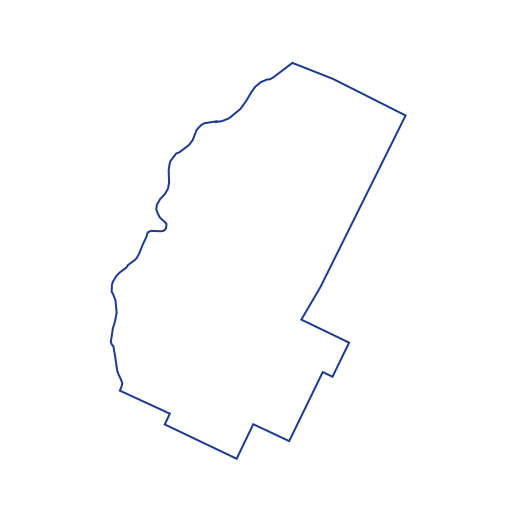 Jefferson, Ohio, United States of America (Natural Earth projection), rotated 204°
{"feature_id": "52423323B31823357110320", "entity_name": "Jefferson", "entity_type": "district", "adm_level": 2, "iso_a3": "USA", "parent_name": "United States of America", "parent_adm1": "Ohio", "projection": "natural_earth1", "projection_center": [-80.666, 40.377], "detail": "fine", "context": "isolated", "style": "outline", "palette": "blue", "viewbox_px": 512, "rotation_deg": 204, "n_neighbors": 0, "source": "geoboundaries", "source_scale": "gbopen_adm2", "svg_char_len": 1153}
<svg xmlns="http://www.w3.org/2000/svg" viewBox="0 0 512 512"><g transform="rotate(204 256 256)"><path d="M176.5,445.2L257.4,449.1L301.3,447.2L313.0,426.0L314.6,423.8L315.8,422.6L316.0,422.6L317.5,421.9L322.4,416.7L325.5,410.3L326.7,404.6L328.1,393.4L330.0,384.1L336.6,370.9L341.8,365.5L346.9,362.2L347.0,362.9L357.1,356.3L359.3,353.4L361.5,347.2L361.0,335.9L362.4,330.1L368.1,319.7L370.7,317.0L372.8,307.7L372.3,304.7L370.7,298.9L365.2,287.6L363.8,281.8L363.8,281.7L364.5,275.2L366.7,269.2L367.4,262.6L366.0,257.9L362.7,254.6L359.4,252.0L351.4,249.3L350.8,248.8L349.4,244.5L350.4,241.7L352.1,240.5L353.2,239.8L362.1,236.3L364.2,233.9L364.5,232.8L363.9,229.5L364.1,220.1L363.7,210.7L364.1,205.9L364.9,203.4L369.3,195.6L369.6,192.9L373.8,185.5L375.4,181.1L376.3,174.2L375.8,170.8L373.2,164.5L371.0,163.0L366.4,158.4L360.2,147.5L358.2,138.7L357.3,131.5L353.6,118.2L351.5,116.4L349.7,115.7L344.0,107.2L336.3,95.0L334.3,92.7L329.2,88.3L326.3,85.3L325.7,81.5L325.6,77.6L270.6,76.9L270.8,65.0L191.2,62.9L190.1,101.2L150.4,100.4L147.8,177.1L137.0,176.8L135.7,214.7L188.7,216.3L184.5,254.0L176.5,445.2Z" fill="none" stroke="#1e3a8a" stroke-width="2"/></g></svg>